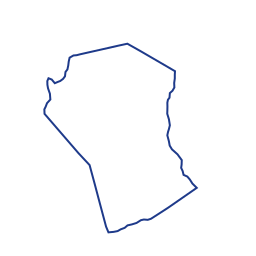 outline of Frecheirinha, Ceará, Brazil, rotated 330°
{"feature_id": "56859067B32169287325922", "entity_name": "Frecheirinha", "entity_type": "district", "adm_level": 2, "iso_a3": "BRA", "parent_name": "Brazil", "parent_adm1": "Ceará", "projection": "equal_earth", "projection_center": [-40.821, -3.711], "detail": "fine", "context": "isolated", "style": "outline", "palette": "blue", "viewbox_px": 256, "rotation_deg": 330, "n_neighbors": 0, "source": "geoboundaries", "source_scale": "gbopen_adm2", "svg_char_len": 1029}
<svg xmlns="http://www.w3.org/2000/svg" viewBox="0 0 256 256"><g transform="rotate(330 128 128)"><path d="M62.8,74.0L72.5,124.9L76.2,140.9L71.1,160.1L65.9,179.3L59.7,202.4L58.9,208.6L63.7,210.8L67.5,212.1L70.9,212.1L75.2,212.8L78.9,212.1L83.1,213.4L87.9,214.5L93.1,214.3L96.0,215.2L99.2,217.4L102.5,218.1L122.8,217.1L157.6,214.2L156.0,208.3L155.8,203.5L155.1,199.7L152.7,196.4L153.8,192.6L154.1,189.1L156.2,186.4L158.5,182.7L157.7,175.5L155.4,168.5L155.3,164.1L156.8,159.9L158.4,154.0L160.7,151.4L162.8,149.5L165.6,146.6L167.8,140.9L169.1,135.3L170.9,132.4L172.9,129.1L174.7,125.8L176.7,123.5L179.1,122.5L181.7,118.7L185.1,118.0L188.4,116.1L190.5,112.1L193.3,108.5L195.2,105.2L197.1,102.3L177.8,68.6L169.6,54.7L160.9,51.9L123.3,40.2L120.0,39.3L117.0,37.9L112.6,37.9L109.9,40.8L107.5,44.0L104.8,47.0L101.9,48.2L99.3,51.7L96.3,53.0L92.8,53.4L90.3,53.0L87.0,52.6L86.2,47.9L84.0,45.2L81.6,47.0L79.8,50.3L78.6,53.6L77.5,59.3L75.0,64.5L70.3,66.0L67.2,68.5L64.9,70.0L62.8,74.0Z" fill="none" stroke="#1e3a8a" stroke-width="2"/></g></svg>